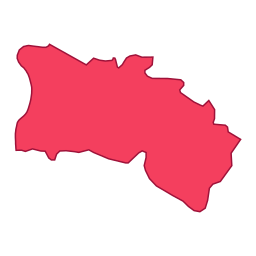 Villa Constitución, Salto, Uruguay (Albers equal-area conic projection)
{"feature_id": "84410073B3070112347268", "entity_name": "Villa Constitución", "entity_type": "district", "adm_level": 2, "iso_a3": "URY", "parent_name": "Uruguay", "parent_adm1": "Salto", "projection": "albers", "projection_center": [-57.701, -31.128], "detail": "fine", "context": "isolated", "style": "filled", "palette": "rose", "viewbox_px": 256, "rotation_deg": 0, "n_neighbors": 0, "source": "geoboundaries", "source_scale": "gbopen_adm2", "svg_char_len": 1800}
<svg xmlns="http://www.w3.org/2000/svg" viewBox="0 0 256 256"><path d="M49.5,44.3L48.5,45.9L47.1,46.7L46.1,47.3L42.7,47.3L40.2,47.0L37.5,46.6L37.2,46.6L33.9,46.2L31.6,45.9L29.5,45.6L28.5,45.5L26.7,45.8L25.2,46.2L23.6,46.5L22.1,47.7L20.5,49.0L19.3,50.0L17.9,53.7L17.3,55.2L17.2,58.4L17.9,60.1L18.6,62.0L21.3,65.8L22.3,66.6L23.9,67.9L24.7,69.0L26.1,70.8L27.0,72.5L27.3,72.9L28.1,74.3L28.3,74.8L28.7,75.9L29.0,76.6L29.5,78.1L30.2,80.7L31.2,84.7L31.5,86.2L31.7,87.3L31.8,89.4L31.7,92.0L31.7,93.0L31.6,93.9L31.3,96.1L30.9,98.8L30.8,99.5L30.1,102.5L29.4,105.0L28.5,108.0L28.0,109.5L27.4,110.9L26.9,112.1L25.5,114.1L23.8,115.9L22.4,117.1L20.5,118.7L18.8,120.3L17.5,122.3L17.2,123.3L17.0,124.2L16.5,126.7L15.9,129.3L15.7,131.2L15.4,133.6L15.4,135.2L15.4,137.3L15.5,139.4L15.6,141.7L15.6,143.9L15.8,146.2L15.9,148.1L16.1,150.3L21.5,150.2L25.4,151.4L32.5,148.9L40.8,151.0L45.2,151.2L48.8,158.0L51.3,159.9L54.7,159.9L56.6,154.1L59.8,151.0L66.1,150.7L74.8,151.7L78.8,152.4L88.8,149.8L93.7,152.5L108.7,158.8L125.6,162.9L128.2,162.9L138.7,152.9L142.2,150.9L146.1,152.5L146.1,157.5L144.2,165.6L145.5,170.4L149.5,178.6L156.4,185.9L172.7,195.5L183.0,201.1L188.4,206.4L194.1,210.6L199.9,211.7L205.2,208.2L207.6,200.4L209.4,188.2L212.9,184.1L220.3,181.5L231.8,165.6L231.1,153.2L240.6,139.4L228.2,131.9L227.5,127.1L225.3,125.2L213.8,124.2L213.2,122.4L214.5,118.7L214.6,109.6L208.8,100.5L202.9,106.1L200.3,105.1L193.9,102.0L180.5,92.6L179.7,89.9L183.7,85.4L183.7,82.5L180.8,79.8L167.6,78.5L152.2,78.4L147.4,76.2L144.9,72.9L144.9,70.3L149.6,67.3L152.2,64.8L152.9,57.1L141.9,57.2L135.7,54.9L129.9,56.0L126.5,58.0L123.9,62.0L122.4,64.6L118.7,67.9L117.4,67.1L115.5,59.5L114.8,58.1L113.3,58.0L112.8,59.5L111.9,60.4L105.4,61.0L99.6,60.2L93.6,58.2L86.3,64.9L49.5,44.3Z" fill="#f43f5e" stroke="#9f1239" stroke-width="1.5"/></svg>